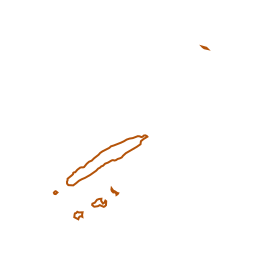 an SVG outline of New Caledonia, rotated 111°
{"feature_id": "NCL", "entity_name": "New Caledonia", "entity_type": "country or territory", "adm_level": 0, "iso_a3": "NCL", "parent_name": "Oceania", "parent_adm1": "", "projection": "orthographic", "projection_center": [166.029, -20.888], "detail": "fine", "context": "isolated", "style": "outline", "palette": "amber", "viewbox_px": 256, "rotation_deg": 111, "n_neighbors": 0, "source": "natural_earth", "source_scale": "50m", "svg_char_len": 1683}
<svg xmlns="http://www.w3.org/2000/svg" viewBox="0 0 256 256"><g transform="rotate(111 128 128)"><path d="M132.8,109.6L135.7,111.2L138.7,110.5L142.5,113.1L152.3,121.0L155.7,122.7L157.7,123.3L159.2,124.7L160.6,126.5L162.4,127.8L163.2,129.0L163.4,130.6L164.1,131.6L167.5,134.3L169.5,136.6L172.2,137.8L173.4,139.2L175.0,139.9L176.6,141.3L179.3,142.4L185.4,146.5L190.1,150.4L192.4,152.8L194.9,154.9L198.2,156.7L201.2,158.6L202.7,163.2L201.8,164.9L200.1,165.7L198.5,165.7L197.0,166.2L192.0,163.3L190.8,162.8L189.4,163.0L188.7,162.4L188.2,161.4L185.1,160.3L182.2,158.5L181.4,157.4L180.9,155.9L180.2,155.0L176.2,153.7L173.5,152.3L171.5,150.2L168.4,148.8L163.6,145.9L161.2,145.0L159.0,143.5L153.2,138.3L151.2,137.3L149.4,135.0L144.3,129.4L141.9,127.1L139.3,125.1L137.3,122.7L135.7,119.9L132.1,115.9L131.6,114.1L131.7,112.3L130.9,111.2L129.4,110.5L128.7,109.3L128.7,107.7L129.2,106.8L132.8,109.6ZM212.7,133.9L211.4,134.1L209.6,132.2L206.1,131.2L204.6,129.5L203.6,127.5L205.6,127.0L207.5,124.3L206.2,123.3L203.9,123.1L204.2,122.1L207.9,120.9L209.5,121.6L210.3,122.4L210.1,126.7L211.8,128.1L213.5,131.1L213.5,131.9L212.7,133.9ZM227.8,141.2L229.0,141.8L231.0,141.7L230.5,146.2L227.6,146.9L226.7,146.9L226.0,145.9L224.4,145.3L224.5,143.7L223.0,140.2L225.7,139.7L227.3,138.8L227.2,139.6L227.4,140.6L227.8,141.2ZM191.5,121.4L190.2,121.7L191.8,119.3L191.8,117.8L192.5,114.8L192.4,113.8L193.5,114.0L194.6,114.8L193.3,115.5L192.9,116.8L192.9,118.4L193.4,118.7L192.6,120.5L191.5,121.4ZM215.9,173.0L215.1,174.0L214.2,173.8L213.4,173.4L212.9,172.8L213.5,170.8L215.6,171.8L215.9,173.0ZM25.7,87.3L25.4,87.9L25.0,83.6L25.7,82.0L26.2,85.3L25.7,87.3Z" fill="none" stroke="#b45309" stroke-width="2"/></g></svg>